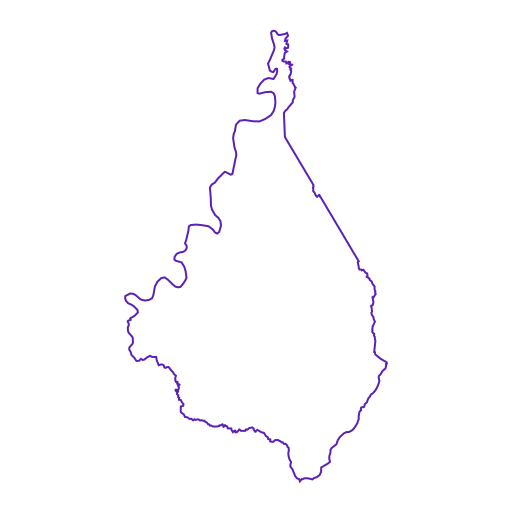 the district of Hobo, Huila, Colombia
{"feature_id": "7082276B60614758896668", "entity_name": "Hobo", "entity_type": "district", "adm_level": 2, "iso_a3": "COL", "parent_name": "Colombia", "parent_adm1": "Huila", "projection": "natural_earth1", "projection_center": [-75.433, 2.565], "detail": "fine", "context": "isolated", "style": "outline", "palette": "violet", "viewbox_px": 512, "rotation_deg": 0, "n_neighbors": 0, "source": "geoboundaries", "source_scale": "gbopen_adm2", "svg_char_len": 6008}
<svg xmlns="http://www.w3.org/2000/svg" viewBox="0 0 512 512"><path d="M385.4,368.5L386.2,365.4L386.0,364.2L386.5,364.2L386.9,363.3L386.4,362.1L380.9,359.0L375.4,354.5L375.1,353.7L375.0,352.2L374.2,352.0L375.4,340.8L374.9,339.1L374.8,336.9L374.0,335.7L374.2,333.7L372.9,333.0L372.2,331.6L372.6,330.5L372.2,329.6L372.6,327.7L372.6,326.2L373.1,325.7L374.9,321.6L373.6,318.6L373.5,317.2L371.7,314.6L371.4,312.8L372.0,311.7L371.6,307.4L371.1,306.4L371.2,305.7L372.7,305.1L373.4,302.4L373.4,301.3L372.9,300.2L373.0,298.9L372.5,297.9L372.6,297.1L373.0,297.3L374.0,296.9L374.2,296.2L375.7,294.0L375.1,292.3L375.4,291.3L375.0,291.0L374.5,288.8L374.6,286.5L372.4,283.7L371.7,281.5L369.8,280.0L369.4,278.5L368.9,278.4L367.7,277.2L366.7,276.9L366.7,276.6L367.5,276.1L367.2,273.5L365.7,272.8L363.4,269.9L361.9,270.3L361.5,269.6L359.7,269.6L358.9,268.6L358.6,266.1L357.8,262.5L358.0,261.7L358.7,261.3L319.7,195.6L319.5,195.9L318.9,195.1L317.1,196.8L315.9,195.7L314.7,193.0L313.1,190.9L313.4,189.8L312.9,187.6L313.5,187.0L313.2,185.5L313.5,185.1L284.9,137.0L283.9,113.0L285.3,110.8L287.3,109.2L288.3,107.5L292.7,102.4L292.9,100.1L294.6,96.7L294.1,91.7L295.7,87.6L295.0,87.1L293.7,84.3L292.5,82.8L292.7,81.7L292.4,81.1L292.6,80.0L292.1,79.8L290.4,80.7L290.1,79.3L289.6,79.0L289.6,78.0L289.2,77.3L289.2,76.2L290.0,75.7L290.0,74.9L290.6,74.1L291.3,71.0L290.3,69.8L290.5,69.2L291.2,68.8L291.1,68.5L290.0,67.8L289.4,66.7L290.5,65.2L291.5,65.4L292.0,64.7L289.1,64.0L290.1,62.5L289.8,61.9L288.6,61.8L286.9,63.3L286.3,63.4L286.3,62.3L285.9,61.6L283.7,61.5L282.4,60.9L282.3,60.4L282.3,59.9L284.2,58.6L284.1,56.7L284.8,52.9L287.0,51.5L285.1,50.3L284.4,48.8L284.5,48.2L284.9,47.5L286.2,48.3L288.0,47.8L288.2,47.0L288.2,44.4L286.6,44.1L286.4,43.6L287.2,40.5L285.0,40.9L285.5,38.6L288.0,35.9L287.4,33.8L287.0,32.9L285.3,33.9L281.0,34.8L278.6,35.0L277.6,34.2L276.6,32.5L275.4,31.3L273.8,30.7L272.0,31.2L271.1,32.8L272.0,38.2L274.1,44.9L274.6,47.5L273.8,50.6L269.7,60.3L268.0,63.6L269.9,70.5L271.3,71.6L273.3,72.1L275.3,69.1L276.3,68.6L277.1,68.9L277.2,71.3L276.6,74.1L273.5,79.0L268.5,78.0L264.1,79.7L260.4,83.6L257.6,88.3L257.5,93.0L259.2,93.7L265.7,92.1L271.3,91.8L273.7,93.4L274.9,96.1L275.4,102.6L275.0,106.5L273.7,111.0L270.9,115.2L265.0,119.1L259.4,121.4L253.3,121.3L244.8,120.0L239.7,120.7L236.0,124.6L234.9,131.2L233.8,133.6L233.1,138.1L234.5,147.6L236.0,151.9L236.3,155.0L232.4,173.9L230.7,174.7L226.2,172.3L224.7,171.9L218.1,178.3L214.9,182.6L211.8,184.5L209.9,187.5L210.7,197.1L211.0,205.7L212.0,209.6L215.2,215.1L218.3,217.8L220.4,221.0L221.0,225.7L219.2,231.9L217.1,233.6L214.9,232.4L212.9,229.5L208.4,226.2L200.9,225.0L196.0,224.6L190.8,225.0L188.9,226.3L188.4,230.7L186.1,240.3L185.0,243.3L186.6,245.8L186.7,248.3L185.4,250.3L183.9,251.5L182.7,252.0L179.6,252.5L176.6,253.9L174.6,256.9L174.4,259.6L175.9,260.8L181.6,262.4L184.3,266.8L185.6,271.1L186.5,277.9L185.1,280.8L183.0,283.8L180.5,286.9L178.2,287.3L175.5,286.7L172.8,284.5L167.9,279.7L164.7,277.4L161.3,278.1L157.3,281.8L154.9,286.6L153.3,295.4L152.0,298.3L148.9,300.0L145.0,300.5L142.3,300.0L140.4,299.2L135.6,295.1L133.2,293.8L130.3,293.5L125.4,296.0L125.1,298.1L125.9,300.7L128.1,303.2L131.8,304.9L134.1,306.5L137.5,310.0L137.9,312.4L135.1,315.4L132.5,317.1L130.5,318.0L130.2,318.7L130.7,319.6L130.5,320.1L128.5,320.5L127.8,321.0L127.7,321.6L128.8,323.9L128.8,324.9L127.8,327.7L128.0,330.9L128.6,332.6L132.2,336.7L132.7,337.9L132.9,339.8L132.9,342.8L132.5,343.9L129.7,347.0L129.2,348.1L129.4,350.0L130.5,351.5L131.5,355.0L134.2,357.6L136.3,360.8L137.7,361.0L139.0,360.8L140.9,358.9L142.8,360.0L144.1,359.7L147.2,357.3L150.1,355.8L151.9,356.9L155.0,357.0L155.9,356.8L156.2,356.9L156.6,359.8L158.7,365.2L161.2,364.5L162.6,364.6L163.7,365.3L164.4,367.5L165.7,367.9L166.5,367.2L168.4,367.0L168.9,367.3L171.2,370.4L172.9,372.1L174.2,374.3L175.9,375.7L175.3,377.9L175.3,380.3L175.9,381.9L177.5,381.9L177.6,382.5L177.1,383.3L177.2,383.8L178.9,384.2L179.5,384.7L179.3,385.2L178.1,385.8L178.9,387.4L178.6,389.1L177.6,390.1L176.0,389.6L175.5,389.9L175.5,390.3L176.2,391.3L178.1,391.3L178.0,391.8L177.2,392.3L176.9,393.7L177.0,394.2L178.3,395.2L178.2,397.1L179.2,397.7L178.9,399.7L180.8,400.0L182.0,402.5L183.5,404.1L183.2,405.8L180.8,406.5L180.7,411.7L180.9,412.3L183.9,414.5L184.9,416.9L187.6,417.4L189.4,418.9L191.4,418.8L192.9,420.3L193.5,420.2L194.4,419.3L195.6,419.9L197.5,419.4L198.7,419.5L200.1,420.5L201.9,420.2L203.4,420.9L204.5,420.8L205.4,421.9L207.0,422.6L208.1,424.3L209.2,424.4L209.9,425.6L211.1,425.5L212.6,426.4L215.4,426.6L217.6,426.4L219.2,426.0L219.4,425.4L221.2,425.2L222.3,424.3L222.7,424.6L223.5,426.8L224.5,426.2L224.9,425.2L225.1,425.2L226.3,426.2L227.3,426.5L227.8,428.4L231.3,428.4L231.5,429.9L232.9,432.1L233.5,431.3L234.5,431.6L234.9,430.6L235.2,430.6L235.9,432.4L236.3,432.4L237.3,431.8L239.3,429.5L240.9,430.8L245.0,430.9L245.6,430.5L245.8,429.5L247.5,429.6L249.4,428.0L252.2,427.4L253.6,428.5L253.7,429.5L255.0,431.6L255.6,431.7L256.1,430.7L257.4,429.9L261.5,432.3L263.9,432.8L265.9,436.0L267.9,437.4L268.2,439.1L270.3,439.4L270.1,441.3L271.8,441.8L273.3,441.8L275.1,440.1L278.2,440.0L279.1,440.9L280.2,441.1L281.6,442.3L282.7,442.3L283.8,443.9L285.6,443.9L287.3,445.7L287.4,446.7L288.7,447.9L288.8,450.8L288.3,452.9L288.5,455.8L289.5,459.4L291.1,462.1L290.4,464.6L290.4,466.7L292.3,469.0L295.2,476.1L297.1,478.4L299.1,479.1L299.9,481.3L301.6,479.1L302.3,479.3L303.9,478.5L305.9,478.2L308.5,478.4L312.4,479.4L313.8,478.2L316.8,477.1L319.7,475.0L321.1,471.9L321.2,467.5L327.8,463.6L330.0,461.8L329.2,458.3L329.4,455.9L330.5,452.2L330.5,449.8L331.6,448.0L336.4,444.3L337.8,440.1L340.1,436.8L343.8,433.4L346.4,432.1L348.9,432.0L351.7,430.6L353.3,429.2L354.9,427.1L357.5,422.9L357.6,422.0L358.7,419.2L358.7,416.2L359.4,412.1L360.0,411.1L361.1,410.3L360.8,408.7L361.2,407.6L361.9,407.2L363.6,407.2L364.2,406.7L364.9,404.1L366.8,402.4L368.3,398.4L370.1,396.4L370.7,394.8L372.5,393.5L374.7,391.3L376.3,388.9L378.1,385.2L379.4,381.0L378.7,377.8L378.8,376.0L380.4,374.5L382.5,371.0L385.4,368.5Z" fill="none" stroke="#5b21b6" stroke-width="2"/></svg>